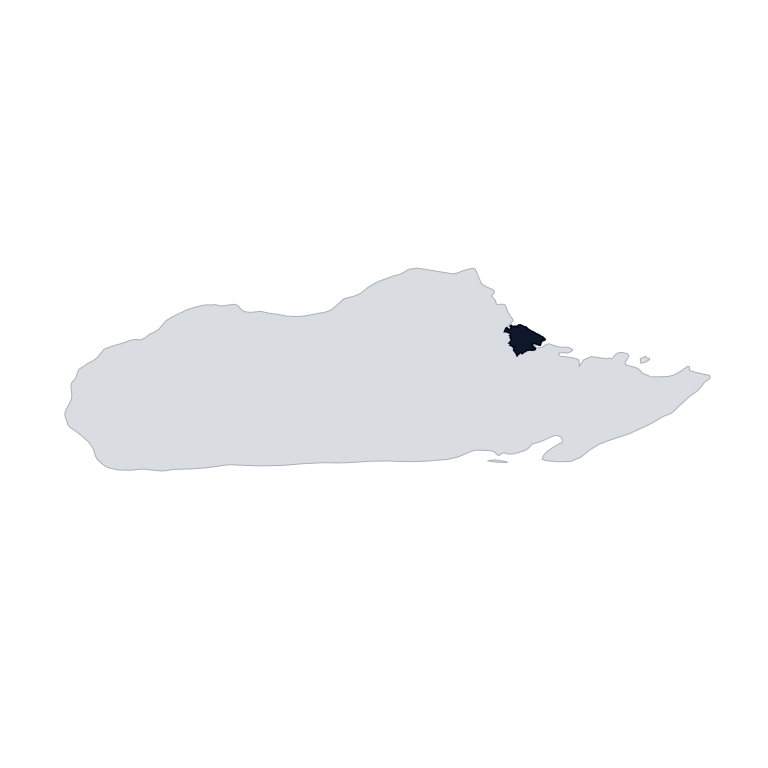 Mahajanga II, Boeny, Madagascar shown in context, rotated 74°
{"feature_id": "10022922B51504984909978", "entity_name": "Mahajanga II", "entity_type": "district", "adm_level": 2, "iso_a3": "MDG", "parent_name": "Madagascar", "parent_adm1": "Boeny", "projection": "equal_earth", "projection_center": [46.72, -15.594], "detail": "fine", "context": "in_parent", "style": "filled", "palette": "ink", "viewbox_px": 768, "rotation_deg": 74, "n_neighbors": 0, "source": "geoboundaries", "source_scale": "gbopen_adm2", "svg_char_len": 8233}
<svg xmlns="http://www.w3.org/2000/svg" viewBox="0 0 768 768"><g transform="rotate(74 384 384)"><path d="M477.3,85.3L478.9,90.3L480.8,95.1L486.6,106.6L489.1,111.1L491.3,115.8L492.3,125.2L496.0,139.8L499.4,161.8L500.3,184.3L501.4,194.6L504.1,204.3L508.5,214.3L509.9,225.5L507.1,237.0L503.0,247.9L502.0,249.9L500.1,252.7L499.3,252.5L496.1,249.7L493.5,245.2L490.3,234.4L489.1,228.9L487.7,228.0L483.9,228.5L481.1,231.9L480.6,234.1L481.1,240.2L482.2,245.6L482.6,251.2L482.6,258.2L483.7,260.3L485.2,262.0L486.8,266.6L487.0,277.5L486.0,283.0L483.2,287.7L483.4,290.3L484.4,293.0L483.4,294.6L479.8,296.6L478.3,298.4L476.3,303.2L473.1,313.0L472.7,318.0L474.6,333.2L474.0,343.9L469.8,364.5L467.5,374.2L464.2,385.8L459.1,401.2L454.0,420.4L449.8,440.1L446.6,452.0L443.0,463.6L438.2,484.2L434.0,505.1L427.9,528.0L419.4,553.5L418.5,556.8L416.8,569.8L414.9,581.1L412.6,592.2L407.9,610.7L407.4,616.3L406.3,621.8L401.8,633.3L399.9,637.6L398.6,642.1L397.8,647.9L396.5,653.4L393.2,663.6L388.3,672.4L385.0,675.6L377.9,680.2L374.2,681.2L366.2,681.3L358.4,683.9L350.3,689.0L342.5,694.8L339.5,697.5L336.2,699.1L325.9,699.4L322.9,698.2L312.5,688.6L308.5,687.1L300.9,685.8L298.6,685.0L296.5,683.7L293.4,678.7L287.3,674.5L285.8,673.2L284.9,670.3L284.2,667.1L282.6,663.6L281.4,656.9L279.4,652.2L273.7,644.0L273.1,641.3L272.6,632.5L272.7,626.6L272.1,615.7L272.7,610.5L274.6,605.9L273.8,600.9L271.6,595.6L270.8,590.2L269.2,585.2L263.2,576.2L261.8,571.8L260.8,567.3L258.4,553.0L258.1,548.1L258.3,537.5L259.1,532.1L260.5,528.4L260.9,525.6L261.8,523.1L263.2,521.2L264.1,518.9L266.2,505.4L269.0,502.4L273.2,500.7L276.5,497.2L278.4,492.4L280.2,482.6L285.4,472.9L287.3,467.7L291.5,460.0L295.2,449.1L296.3,443.9L297.1,438.7L298.0,427.1L298.7,421.3L298.5,415.6L296.3,409.7L291.1,399.1L291.0,397.1L291.3,389.2L290.9,383.4L288.9,377.7L286.5,372.3L284.0,362.2L282.7,345.6L283.0,339.5L282.2,334.2L280.5,329.0L281.7,320.1L297.0,287.7L297.5,283.8L296.8,273.9L297.1,268.2L297.6,266.0L298.8,264.8L301.5,264.2L314.0,262.8L315.6,261.8L318.7,259.0L323.0,253.7L325.0,252.2L326.7,252.8L327.8,255.0L329.2,256.3L334.2,253.9L336.2,253.8L338.2,254.2L339.1,252.0L339.7,249.0L340.4,246.9L341.7,245.7L348.3,245.1L352.4,244.2L357.8,242.2L359.0,242.6L363.3,250.0L364.6,250.7L366.3,251.0L367.8,249.6L364.3,245.7L363.7,243.5L363.9,241.0L365.8,235.6L369.0,231.5L376.0,225.3L383.3,218.1L385.4,217.6L387.2,218.8L388.6,227.3L388.4,228.7L389.5,228.8L390.9,227.8L392.1,224.4L392.2,221.5L391.2,218.8L390.7,216.5L390.7,214.4L394.4,209.3L397.3,204.5L398.7,198.8L399.8,196.2L402.9,193.2L403.8,193.7L404.5,196.1L404.9,198.7L404.1,201.2L403.0,203.7L402.5,207.1L404.3,207.7L405.9,206.9L408.3,200.8L411.0,195.1L412.7,192.1L414.7,190.1L418.1,190.5L421.4,191.8L416.0,185.7L414.7,177.4L421.1,163.1L421.2,160.1L422.1,159.2L422.6,158.0L419.3,153.1L418.6,150.7L419.1,147.1L420.7,143.8L422.1,141.6L424.2,140.7L425.8,142.0L429.3,145.9L431.8,146.5L434.7,142.7L437.1,137.9L440.6,134.6L444.7,132.6L450.9,125.1L455.0,109.3L455.3,104.7L454.5,99.1L453.0,93.8L450.7,87.2L451.3,85.7L454.7,86.6L455.8,85.7L459.5,79.8L465.6,68.6L467.6,68.6L469.3,70.7L470.0,73.8L471.1,76.0L475.2,81.4L477.3,85.3ZM434.9,129.7L434.9,131.4L430.3,130.7L429.5,124.7L431.8,124.5L432.3,122.1L433.7,121.8L435.2,127.1L434.9,129.7ZM490.3,297.1L486.3,305.8L487.4,298.5L492.1,288.1L493.4,287.3L490.3,297.1Z" fill="#d9dde1" stroke="#a8b0b8" stroke-width="1"/><path d="M365.0,241.6L365.1,241.8L365.2,242.0L364.7,242.3L364.8,242.5L364.9,242.9L364.8,243.0L364.7,243.1L364.7,243.5L364.6,243.8L364.6,243.7L364.4,243.9L364.1,244.3L364.1,244.5L363.8,244.9L363.6,245.2L363.3,245.3L363.0,245.3L363.0,245.5L362.9,245.5L362.9,245.4L362.7,245.4L362.7,245.9L362.9,246.3L363.1,246.8L363.4,246.9L363.6,246.8L363.8,246.8L364.1,246.6L364.5,246.5L365.2,246.7L365.5,246.9L365.7,247.1L365.9,247.3L366.0,247.4L366.1,247.5L366.2,247.8L366.2,248.1L366.1,248.7L366.0,249.0L365.9,249.3L365.7,249.6L365.2,249.5L365.1,249.4L364.6,249.6L364.8,249.9L364.8,250.2L364.7,250.7L364.5,251.0L364.1,251.0L363.8,250.7L363.7,250.7L363.7,250.9L363.9,251.2L363.9,251.3L364.2,251.7L365.4,252.7L365.7,253.0L367.0,253.9L367.3,252.2L367.5,251.5L367.6,251.4L367.8,251.3L368.5,251.2L368.7,250.7L368.8,250.4L368.9,250.1L369.1,249.8L369.5,249.4L370.9,248.3L371.0,248.3L371.2,248.6L371.3,248.8L371.4,249.0L371.6,249.1L371.8,249.2L372.0,249.3L372.1,249.5L372.2,249.8L372.4,249.6L372.7,249.4L373.0,249.2L373.3,249.1L373.7,249.8L373.9,249.9L374.1,249.9L374.5,249.8L374.5,249.7L374.7,249.8L374.8,250.0L375.0,249.9L375.1,249.6L375.1,249.4L375.2,249.2L375.7,249.0L375.8,249.1L376.0,249.1L376.3,249.0L376.5,249.0L376.7,249.5L376.8,249.6L377.0,250.0L377.4,250.5L377.7,250.6L378.1,250.8L378.4,250.9L378.6,251.2L378.8,251.6L378.7,252.1L378.8,252.2L378.9,252.4L379.0,252.6L379.1,252.4L379.1,252.0L379.1,251.9L379.3,251.9L379.5,251.9L379.8,251.8L380.1,251.6L380.3,251.5L380.7,251.4L381.0,251.5L381.0,251.8L381.3,251.9L381.4,252.1L381.5,252.3L381.7,252.2L381.8,251.3L381.9,251.0L382.1,250.9L382.6,250.8L382.8,250.7L383.4,250.2L383.6,250.0L383.8,250.0L383.8,249.8L383.9,249.6L384.0,249.4L384.0,249.2L384.3,248.8L384.5,248.9L384.6,248.7L384.8,248.4L384.8,248.1L385.0,247.9L385.1,248.0L385.2,248.3L385.3,248.6L385.7,249.0L385.9,249.6L386.0,249.6L386.1,249.8L386.4,249.9L387.4,250.2L387.6,250.1L387.7,249.9L388.2,249.5L388.9,249.5L389.2,249.3L389.7,249.0L390.1,248.9L390.8,248.8L391.2,248.7L392.0,248.6L392.3,248.5L392.6,248.3L393.5,248.2L393.8,248.3L393.8,248.2L393.7,248.1L393.5,247.8L393.3,247.7L393.1,247.7L392.6,247.3L392.6,247.2L392.5,246.7L392.3,246.4L392.3,245.9L392.2,245.6L391.7,245.0L391.5,244.9L391.3,244.8L391.3,244.7L391.3,244.4L391.2,244.1L391.2,243.9L391.3,243.8L391.6,243.6L391.7,243.3L391.9,243.2L392.1,243.3L392.6,243.2L392.7,242.9L392.8,242.8L392.9,243.0L393.0,242.9L392.9,242.6L392.7,242.4L392.7,242.1L392.5,241.6L392.4,241.5L392.2,241.5L392.1,241.4L392.1,241.2L391.9,240.5L391.7,240.1L391.5,239.9L391.5,239.7L391.8,239.5L391.9,239.4L391.9,239.2L391.7,238.9L391.6,238.4L391.5,238.2L391.3,238.1L391.0,238.0L390.8,237.9L390.7,237.7L390.8,237.3L391.1,237.2L391.0,236.7L391.3,236.5L391.3,236.3L391.4,236.0L391.3,235.7L391.4,234.9L391.7,233.9L391.8,233.5L392.0,233.3L392.2,233.0L392.2,232.8L392.3,232.6L392.5,232.4L392.4,231.4L392.4,231.2L392.6,230.9L392.7,230.4L392.8,230.0L392.7,229.8L392.3,228.9L392.2,228.9L391.9,228.7L391.7,228.7L391.3,228.6L391.1,228.7L391.0,228.8L391.0,229.2L390.7,229.3L390.6,229.7L390.4,229.9L390.4,230.0L390.2,230.0L389.9,229.8L389.6,230.1L389.3,230.3L389.0,230.2L388.9,230.2L388.7,230.5L388.3,230.7L388.1,230.6L387.9,230.9L387.6,230.8L387.4,230.8L387.1,230.5L386.9,230.6L386.7,230.8L386.5,230.6L386.3,230.3L386.2,230.2L386.2,229.9L386.4,229.1L386.6,228.3L386.7,228.2L386.9,227.5L387.1,227.2L387.4,226.6L387.2,226.6L387.4,226.3L387.6,226.4L387.8,226.1L388.0,226.1L388.5,225.7L388.5,225.4L388.7,225.2L388.8,225.0L388.9,224.8L389.1,224.6L389.4,224.2L389.6,223.9L389.7,223.7L389.8,223.6L389.9,223.4L389.9,223.2L389.7,223.2L389.6,223.3L389.4,223.2L389.4,223.3L389.2,223.3L389.2,223.2L389.2,222.8L389.0,222.3L388.2,222.0L387.7,221.9L387.4,221.7L387.3,221.4L386.7,221.2L386.3,221.0L386.3,220.8L386.2,220.6L386.1,220.3L386.2,220.1L386.0,219.6L385.9,219.1L385.9,218.6L386.0,218.4L386.1,218.2L386.1,217.8L386.0,217.6L386.0,217.3L386.0,217.1L385.9,216.8L385.7,216.8L385.3,216.8L384.8,217.1L384.3,217.3L383.4,217.8L383.2,217.9L383.2,218.0L382.9,218.1L381.7,219.5L381.1,220.0L380.8,220.2L380.5,220.7L380.1,220.9L379.8,221.1L379.6,221.4L379.4,221.5L378.8,222.1L378.6,222.6L378.1,223.1L377.9,223.4L377.7,223.7L376.7,224.5L376.2,225.1L375.7,225.4L375.6,225.6L375.3,225.8L375.0,226.0L374.9,226.2L374.5,226.6L374.4,226.9L374.2,227.3L373.8,227.6L373.6,228.0L372.9,228.7L372.7,228.8L372.3,228.9L372.2,229.0L371.6,229.8L370.6,230.6L370.4,230.6L369.6,231.1L368.8,231.3L368.7,231.4L368.4,231.7L368.3,231.8L368.0,232.6L367.5,233.5L367.0,233.9L365.5,235.7L365.3,235.7L365.1,236.1L364.6,236.8L364.5,237.1L364.5,237.3L364.6,237.5L364.6,237.9L364.5,238.0L364.5,238.3L364.4,238.4L364.6,238.7L364.9,239.2L364.9,239.3L365.0,239.4L365.0,239.6L365.3,239.6L365.3,239.8L365.5,239.9L365.5,240.1L365.5,240.4L365.6,240.5L365.7,240.4L365.7,240.6L365.9,240.7L365.9,240.8L366.0,240.8L366.0,241.0L366.0,241.5L365.8,241.4L365.3,241.4L365.2,241.4L365.0,241.6Z" fill="#0f172a" stroke="#020617" stroke-width="1.5"/></g></svg>